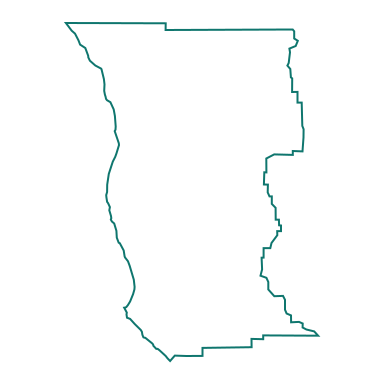 outline of Mendocino, California, United States of America
{"feature_id": "52423323B12422674135738", "entity_name": "Mendocino", "entity_type": "district", "adm_level": 2, "iso_a3": "USA", "parent_name": "United States of America", "parent_adm1": "California", "projection": "albers", "projection_center": [-123.414, 39.38], "detail": "fine", "context": "isolated", "style": "outline", "palette": "teal", "viewbox_px": 384, "rotation_deg": 0, "n_neighbors": 0, "source": "geoboundaries", "source_scale": "gbopen_adm2", "svg_char_len": 1954}
<svg xmlns="http://www.w3.org/2000/svg" viewBox="0 0 384 384"><path d="M292.7,29.5L165.6,30.0L165.7,23.3L65.9,23.0L71.7,30.7L75.0,33.6L78.5,40.4L80.1,44.6L85.3,48.0L88.2,55.8L88.3,57.4L89.9,60.7L95.3,65.5L101.1,68.6L101.5,69.2L103.9,79.1L104.5,84.4L104.2,90.9L104.9,94.6L105.6,96.8L106.0,98.8L107.0,100.2L110.4,102.2L113.7,109.4L114.9,116.0L115.7,126.5L115.5,129.7L114.7,131.1L118.8,143.2L119.0,145.1L116.4,153.6L115.2,156.9L112.8,161.6L108.8,173.9L107.2,184.7L107.1,192.0L106.2,195.1L106.4,197.2L107.1,201.8L108.1,203.2L109.9,207.1L109.3,210.3L111.0,216.0L111.3,218.2L110.8,219.5L111.9,221.5L114.2,223.5L116.4,230.8L116.8,237.7L118.7,242.7L119.8,243.2L123.7,250.5L124.6,256.3L125.0,257.4L128.0,261.3L129.7,265.9L133.8,279.7L134.6,286.9L134.4,289.5L133.1,294.1L130.1,301.5L127.9,305.1L126.3,307.1L125.4,307.5L124.2,307.7L126.8,312.6L126.5,314.4L127.0,317.7L130.1,318.9L134.9,324.2L140.8,330.0L141.9,331.8L142.4,334.8L143.4,337.3L144.4,337.7L145.3,337.8L152.3,343.5L153.1,344.5L153.4,345.8L156.3,348.9L157.7,348.9L159.4,350.2L165.7,356.0L167.5,358.3L170.1,361.0L174.8,355.6L186.4,356.0L202.5,355.9L202.5,347.9L251.6,347.2L251.5,338.9L263.2,339.2L263.2,335.4L318.1,335.7L314.2,331.4L306.4,329.5L302.6,327.5L302.7,323.5L299.0,321.9L291.1,322.3L291.0,315.4L286.6,313.5L285.0,309.7L285.0,299.8L283.0,295.9L274.3,296.2L268.3,289.5L268.3,282.0L266.4,277.8L260.5,275.7L262.1,269.4L261.6,257.7L263.6,257.6L263.6,248.1L270.3,248.1L271.5,243.0L277.3,235.2L277.2,231.1L281.0,231.1L281.0,225.5L279.1,225.3L278.9,219.7L275.7,219.7L275.6,207.8L271.8,203.9L271.8,196.4L269.5,196.4L267.7,192.4L267.9,184.6L263.9,184.5L264.3,172.3L266.4,172.4L266.3,158.5L274.2,154.4L292.8,154.9L292.8,151.0L302.5,151.4L303.5,137.5L303.6,129.2L302.3,125.9L301.7,102.6L297.5,102.6L297.5,91.9L292.1,92.0L292.2,78.4L290.9,77.4L290.3,69.0L287.4,65.6L288.7,63.0L290.0,52.3L289.4,48.6L295.7,46.0L297.8,40.8L294.2,38.5L294.2,31.3L292.7,29.5Z" fill="none" stroke="#0f766e" stroke-width="2"/></svg>